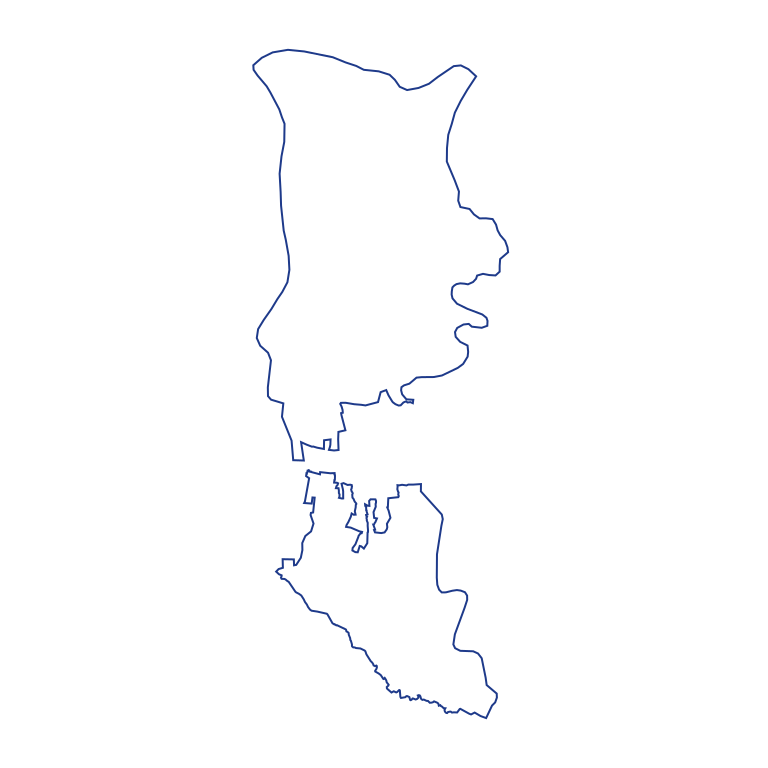 Alamudun, Chuy, Kyrgyzstan, rotated 179°
{"feature_id": "92254566B67186126103124", "entity_name": "Alamudun", "entity_type": "district", "adm_level": 2, "iso_a3": "KGZ", "parent_name": "Kyrgyzstan", "parent_adm1": "Chuy", "projection": "equal_earth", "projection_center": [74.606, 42.781], "detail": "fine", "context": "isolated", "style": "outline", "palette": "blue", "viewbox_px": 768, "rotation_deg": 179, "n_neighbors": 0, "source": "geoboundaries", "source_scale": "gbopen_adm2", "svg_char_len": 6083}
<svg xmlns="http://www.w3.org/2000/svg" viewBox="0 0 768 768"><g transform="rotate(179 384 384)"><path d="M476.1,309.4L465.5,308.9L467.9,327.3L462.4,324.7L457.2,322.6L455.8,322.7L452.0,321.5L445.2,320.1L444.9,328.8L438.4,329.5L438.7,324.1L439.2,321.9L440.2,319.1L435.1,318.4L430.6,318.8L430.8,329.4L430.4,336.9L423.4,338.4L427.1,353.7L427.4,355.6L425.7,356.0L425.9,358.9L426.8,362.2L428.1,364.9L427.4,365.9L422.7,365.9L414.1,364.3L407.1,363.6L402.9,362.9L390.3,366.0L387.5,375.9L381.9,377.9L379.7,372.6L376.2,366.6L375.5,365.6L372.9,363.6L369.7,362.2L367.7,362.4L364.9,365.2L362.7,366.1L361.9,366.1L360.9,365.1L357.9,365.4L355.5,364.3L355.0,367.7L361.9,368.3L366.0,373.3L367.0,377.4L366.6,380.5L364.0,382.3L358.6,383.9L351.4,389.8L346.2,390.2L334.0,390.1L325.9,391.5L310.0,398.8L304.5,402.7L299.9,409.9L299.3,414.6L299.8,421.0L307.1,424.8L311.5,429.9L312.1,434.7L309.8,438.8L303.5,442.1L298.2,442.6L295.2,439.8L285.3,438.5L279.7,440.4L279.4,445.3L280.4,448.4L284.5,451.8L299.3,457.7L309.6,463.0L314.0,468.4L314.8,472.2L314.6,475.4L313.9,479.4L312.2,481.1L309.8,482.6L306.1,483.3L301.8,482.9L298.3,482.2L293.2,484.4L290.1,487.6L289.0,490.8L283.1,492.4L276.9,491.1L270.6,490.6L266.4,494.3L266.3,500.1L265.7,506.9L257.6,513.6L258.2,518.6L260.4,525.0L265.2,530.8L267.7,535.6L269.2,541.4L272.5,547.0L279.2,547.9L285.6,547.9L291.1,552.0L295.4,557.5L304.5,559.6L306.6,566.0L305.7,575.1L309.7,586.3L317.3,605.3L316.9,618.8L315.4,632.0L311.8,642.6L308.4,654.1L302.3,665.8L295.6,676.7L286.5,690.0L294.1,697.3L301.6,701.2L308.7,700.6L324.9,690.0L333.8,683.4L344.3,679.4L355.8,677.5L363.1,680.9L367.8,687.9L373.0,693.1L383.8,696.7L398.7,698.5L406.2,702.5L416.8,706.2L429.5,711.6L458.0,717.9L474.2,719.8L489.5,717.5L500.5,712.3L509.1,705.0L508.9,700.4L505.0,694.6L496.1,683.7L492.5,677.4L483.9,660.4L481.4,652.5L478.9,645.9L479.5,627.8L482.5,613.5L484.7,596.1L484.0,577.8L483.8,564.1L481.6,539.1L479.7,530.0L477.1,513.8L476.6,499.8L478.8,487.4L484.1,477.8L489.1,470.8L495.3,460.9L503.1,450.2L508.9,441.1L510.4,432.2L507.1,424.4L499.4,417.3L496.6,409.7L500.2,382.7L500.2,373.9L497.2,370.3L485.0,366.4L486.6,353.0L477.4,329.0L476.1,309.4ZM495.1,198.3L492.3,195.6L489.7,194.5L489.7,193.8L490.4,192.2L489.8,191.0L486.8,190.8L485.5,190.0L484.6,189.1L482.7,187.8L476.2,177.8L475.5,177.2L472.7,175.7L470.4,174.0L468.0,170.1L466.8,167.4L465.0,164.9L463.8,162.3L461.9,159.7L460.4,158.6L454.6,157.6L445.2,155.3L444.5,154.6L439.7,145.7L437.9,144.5L437.6,144.7L435.9,143.5L435.3,143.7L426.5,139.3L426.2,138.9L425.9,137.3L424.6,136.6L423.7,135.7L423.6,133.9L422.3,130.6L422.1,128.6L421.6,127.9L420.6,124.3L420.6,122.5L420.4,122.1L419.4,121.2L417.8,121.1L416.7,120.5L412.2,120.0L408.1,117.9L407.3,117.1L406.3,114.0L402.1,107.1L400.6,105.6L399.7,104.1L399.3,102.8L397.9,102.1L396.6,102.6L396.1,102.1L396.1,100.6L396.6,99.2L397.8,97.5L397.8,96.7L394.3,94.6L392.3,93.0L389.8,89.1L389.4,89.0L388.4,90.1L387.6,88.9L386.9,87.6L386.5,85.7L384.6,83.2L384.9,82.4L386.5,81.0L386.4,79.6L386.0,79.1L381.9,75.4L379.6,76.6L377.2,75.4L376.2,75.8L374.2,77.7L373.8,77.7L373.5,77.3L373.1,70.9L372.5,69.8L368.1,70.5L367.1,71.5L366.1,71.5L364.1,70.5L363.4,67.7L362.8,67.4L361.9,67.9L360.9,69.1L360.6,69.1L357.8,68.0L356.3,68.6L355.1,69.8L355.1,71.0L355.6,72.0L354.7,72.3L353.7,72.0L353.1,71.1L352.5,68.8L352.0,68.1L351.1,67.5L349.7,67.8L347.1,66.5L345.5,66.3L343.8,64.5L341.9,64.6L340.5,65.0L339.5,65.8L336.5,64.5L335.3,63.6L334.8,61.4L333.3,61.9L332.7,61.0L331.7,60.5L330.1,58.9L328.3,58.7L329.2,57.1L328.9,55.7L328.3,54.7L327.4,54.0L326.6,53.9L325.7,54.9L323.5,55.3L322.9,55.2L321.8,54.3L319.9,54.5L316.6,54.3L314.0,57.7L313.4,57.9L304.5,52.8L302.7,52.1L299.1,53.9L293.2,50.3L287.7,48.2L281.6,60.6L278.4,63.7L276.6,68.5L276.7,72.5L286.6,81.2L287.5,88.6L291.1,108.1L294.7,112.9L299.5,115.2L312.4,115.9L317.5,118.6L319.2,122.4L317.5,132.5L307.3,158.9L304.6,166.7L304.6,171.0L306.7,174.4L310.9,176.1L314.7,176.7L319.3,176.1L325.8,174.6L329.9,174.6L332.5,177.4L334.2,182.3L334.6,189.4L334.0,212.8L329.1,241.2L327.6,247.9L328.5,252.5L349.0,276.0L348.8,283.3L356.7,282.9L361.4,283.0L363.3,282.2L367.7,282.9L370.6,282.4L372.3,282.6L372.2,281.0L372.5,278.6L371.8,276.0L371.3,275.4L371.7,273.3L371.2,271.7L371.7,270.6L381.7,269.7L382.3,260.8L382.9,260.6L381.6,257.3L379.9,250.1L383.5,244.2L383.2,240.7L383.8,238.6L386.0,235.6L389.3,235.0L395.6,235.8L396.5,238.2L395.4,238.5L397.1,243.4L396.7,243.3L395.6,245.4L395.1,245.9L393.4,249.7L396.2,250.3L396.7,256.1L394.4,261.4L394.5,264.3L394.1,265.3L394.0,267.2L394.6,268.8L399.5,268.9L400.9,267.3L400.7,262.4L402.4,262.6L405.0,264.1L404.9,262.6L404.4,262.5L404.4,261.9L404.0,261.8L404.0,258.1L403.6,257.9L403.6,256.8L402.7,253.9L404.2,253.4L404.0,252.4L403.2,251.6L403.9,250.4L403.5,248.6L403.6,247.8L402.7,245.5L402.8,242.5L402.5,237.5L402.6,236.2L403.0,235.9L403.5,225.1L407.0,219.8L409.6,222.1L411.1,222.5L413.2,216.2L415.6,216.4L418.5,218.1L418.2,220.6L415.4,224.2L412.4,231.4L412.0,232.7L410.2,234.9L408.9,235.2L408.5,236.5L411.1,237.1L419.8,241.0L424.4,241.8L423.9,243.6L422.0,246.7L419.5,251.9L418.6,255.1L416.5,253.8L414.7,253.9L415.4,257.3L414.5,261.0L414.3,263.7L413.8,264.4L413.8,265.0L415.4,267.0L416.5,269.7L417.5,270.9L417.7,274.0L417.2,275.0L417.4,276.0L418.2,277.1L418.7,279.1L418.0,280.7L418.1,281.7L417.8,282.0L418.0,283.5L419.5,283.9L422.2,283.7L426.2,285.6L428.2,285.0L427.0,279.7L426.7,277.5L426.8,270.3L428.0,270.2L431.0,271.0L430.5,272.1L430.4,274.4L431.0,275.7L431.0,278.5L431.3,280.6L433.9,280.7L433.3,282.7L432.3,283.7L431.6,285.5L432.8,286.1L435.6,286.3L435.2,289.0L434.8,289.1L434.6,293.1L434.8,294.6L435.1,294.6L435.0,295.8L439.2,295.7L449.4,297.0L449.6,294.8L458.4,297.3L458.7,297.4L458.6,297.7L459.8,298.0L459.9,297.7L460.3,297.8L460.2,298.1L460.6,298.2L460.5,299.0L460.8,299.1L461.0,298.5L461.9,298.7L462.7,295.7L463.1,295.9L463.5,293.3L460.5,291.1L465.1,268.0L465.9,266.4L458.4,265.7L457.5,271.8L455.3,271.6L457.1,256.8L459.3,256.4L459.7,254.3L456.9,245.7L459.5,237.9L465.3,233.4L468.5,226.4L468.5,219.4L470.2,211.7L474.9,204.7L477.1,204.3L477.2,210.2L488.4,210.6L488.3,202.0L492.6,200.8L495.1,198.3Z" fill="none" stroke="#1e3a8a" stroke-width="2"/></g></svg>